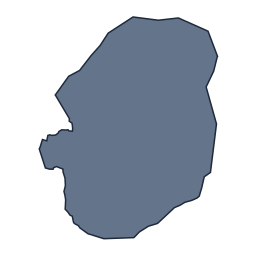 the district of Keffi, Nassarawa, Nigeria, rotated 181°
{"feature_id": "59680162B35305934518280", "entity_name": "Keffi", "entity_type": "district", "adm_level": 2, "iso_a3": "NGA", "parent_name": "Nigeria", "parent_adm1": "Nassarawa", "projection": "orthographic", "projection_center": [7.867, 8.837], "detail": "fine", "context": "isolated", "style": "filled", "palette": "slate", "viewbox_px": 256, "rotation_deg": 181, "n_neighbors": 0, "source": "geoboundaries", "source_scale": "gbopen_adm2", "svg_char_len": 1049}
<svg xmlns="http://www.w3.org/2000/svg" viewBox="0 0 256 256"><g transform="rotate(181 128 128)"><path d="M150.2,16.9L120.2,18.5L114.8,24.3L105.8,30.2L96.8,33.1L80.2,49.2L74.4,51.8L69.9,54.7L63.1,56.7L57.7,59.2L55.6,61.1L53.3,69.3L50.9,80.6L44.8,85.0L39.6,133.6L50.6,170.4L43.3,186.4L40.0,200.8L39.7,201.1L49.7,226.2L79.6,238.9L99.5,236.3L124.9,239.1L149.5,222.5L157.3,210.0L166.2,199.7L177.4,184.7L188.2,178.7L201.3,159.7L201.1,159.5L186.8,136.4L186.9,133.8L184.1,131.9L183.7,129.7L183.3,126.3L183.6,123.8L187.1,124.1L187.9,125.2L189.8,124.9L192.5,125.0L194.3,125.0L196.9,123.4L197.9,121.5L200.3,119.7L204.1,119.3L206.2,119.8L208.0,119.2L209.0,113.8L212.1,114.6L213.3,115.0L215.7,106.9L216.4,105.6L209.9,86.6L205.8,85.5L202.1,85.5L201.7,87.0L198.9,88.2L194.0,86.4L192.3,85.7L192.2,83.0L190.1,76.7L189.6,69.4L190.9,63.4L189.8,59.2L189.1,55.0L189.4,45.6L186.9,43.2L184.4,39.8L182.2,38.9L181.4,35.2L180.7,32.4L179.3,31.2L177.4,30.3L175.9,29.5L174.4,27.3L173.1,26.4L166.2,21.6L150.2,16.9Z" fill="#64748b" stroke="#1e293b" stroke-width="1.5"/></g></svg>